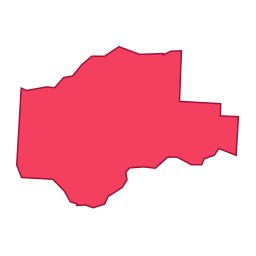 outline of Berrien, Georgia, United States of America, rotated 272°
{"feature_id": "52423323B24042566063234", "entity_name": "Berrien", "entity_type": "district", "adm_level": 2, "iso_a3": "USA", "parent_name": "United States of America", "parent_adm1": "Georgia", "projection": "natural_earth1", "projection_center": [-83.246, 31.251], "detail": "fine", "context": "isolated", "style": "filled", "palette": "rose", "viewbox_px": 256, "rotation_deg": 272, "n_neighbors": 0, "source": "geoboundaries", "source_scale": "gbopen_adm2", "svg_char_len": 674}
<svg xmlns="http://www.w3.org/2000/svg" viewBox="0 0 256 256"><g transform="rotate(272 128 128)"><path d="M203.6,160.7L202.0,137.1L208.9,116.1L198.8,102.0L198.5,89.4L189.7,79.7L178.0,70.8L176.2,62.0L165.7,53.3L166.2,45.2L161.9,25.2L164.1,19.9L87.1,18.1L74.8,23.4L74.2,54.6L62.6,66.7L52.3,72.9L50.5,79.2L48.8,79.4L49.6,88.0L47.1,96.0L51.1,107.2L58.8,110.4L68.3,124.2L76.1,128.8L83.7,127.3L88.2,131.0L89.7,145.0L88.8,156.8L100.3,168.7L100.6,178.1L93.5,192.6L93.9,203.0L99.9,205.1L103.8,215.2L110.6,219.4L104.5,237.0L143.2,237.9L143.3,219.9L155.5,219.8L156.4,178.5L207.0,178.7L206.3,168.4L202.3,160.7L203.6,160.7Z" fill="#f43f5e" stroke="#9f1239" stroke-width="1.5"/></g></svg>